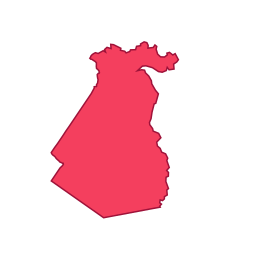 Boise, Idaho, United States of America (Mercator projection), rotated 304°
{"feature_id": "52423323B9303056648092", "entity_name": "Boise", "entity_type": "district", "adm_level": 2, "iso_a3": "USA", "parent_name": "United States of America", "parent_adm1": "Idaho", "projection": "mercator", "projection_center": [-115.514, 43.968], "detail": "fine", "context": "isolated", "style": "filled", "palette": "rose", "viewbox_px": 256, "rotation_deg": 304, "n_neighbors": 0, "source": "geoboundaries", "source_scale": "gbopen_adm2", "svg_char_len": 1960}
<svg xmlns="http://www.w3.org/2000/svg" viewBox="0 0 256 256"><g transform="rotate(304 128 128)"><path d="M172.2,58.9L171.2,58.3L169.0,57.3L166.9,57.0L165.5,57.4L164.5,57.3L164.2,58.5L164.7,59.6L164.7,61.3L164.8,63.5L164.4,65.3L162.8,66.4L161.2,67.4L159.7,68.7L159.7,70.0L159.0,72.3L158.3,72.7L157.9,73.1L157.8,73.4L157.2,73.4L156.6,72.8L155.1,72.6L153.7,73.7L152.3,75.0L151.3,76.2L149.3,77.1L148.1,77.7L146.5,77.6L145.1,78.6L144.5,78.5L144.1,77.7L143.3,76.9L142.2,77.7L136.0,78.3L127.9,78.3L124.6,78.3L119.3,78.3L110.0,78.3L102.1,78.3L96.3,78.3L91.2,78.2L86.0,78.3L79.3,78.3L75.8,78.3L70.8,78.1L64.7,78.1L64.0,79.2L63.6,80.5L63.5,81.5L63.5,82.7L63.4,83.4L63.1,84.3L62.6,85.5L62.4,86.7L62.2,88.1L62.1,89.2L61.7,90.2L61.8,91.2L62.1,92.4L62.1,93.4L62.5,94.0L61.8,94.7L60.0,94.7L56.9,94.0L51.9,94.0L49.1,94.0L41.2,94.0L40.0,158.0L42.5,160.5L72.6,191.0L80.4,199.0L81.0,198.0L83.6,198.3L83.7,196.1L86.4,194.9L87.1,197.2L89.5,197.8L91.5,196.6L94.4,198.0L98.2,194.9L100.4,195.4L104.9,189.2L108.5,187.1L110.6,188.4L113.8,186.4L114.4,183.8L118.3,184.3L122.7,178.4L125.2,177.8L127.6,173.6L126.8,169.4L129.1,166.1L129.5,162.5L132.3,159.7L138.3,160.7L140.7,156.4L139.5,150.6L141.3,148.7L142.9,144.2L144.6,142.7L148.6,141.9L154.7,139.0L162.6,136.2L164.0,137.2L173.3,134.1L174.7,129.5L177.9,123.0L180.3,120.9L182.7,116.1L183.5,111.7L185.2,109.4L183.9,106.7L180.8,103.8L187.3,105.3L189.6,108.1L191.7,114.5L191.8,121.7L193.4,125.2L197.0,127.6L200.2,126.6L199.2,129.5L202.6,133.2L206.5,130.1L210.0,131.5L212.8,131.6L216.0,125.5L213.6,124.3L213.9,120.1L211.8,118.4L210.6,119.7L207.3,118.6L205.2,115.2L205.8,111.3L209.0,107.3L211.7,106.2L211.9,103.9L208.9,103.9L205.4,99.9L207.8,98.5L209.3,95.9L208.4,93.2L204.7,91.4L203.3,92.4L200.5,89.4L197.2,90.5L194.2,86.4L192.4,86.7L189.2,84.4L189.8,82.4L188.2,78.3L190.1,77.5L189.0,69.4L187.7,66.9L184.4,69.5L183.1,65.5L180.0,64.7L178.4,66.9L178.2,64.2L173.1,61.6L172.2,58.9Z" fill="#f43f5e" stroke="#9f1239" stroke-width="1.5"/></g></svg>